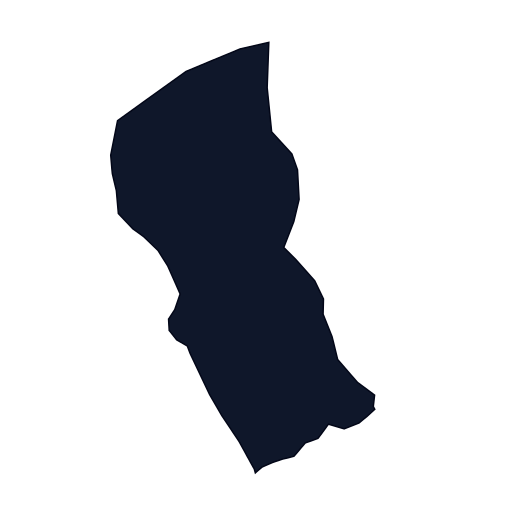 the district of Nitega, Southern Darfur, Sudan, rotated 152°
{"feature_id": "16777658B78746843728772", "entity_name": "Nitega", "entity_type": "district", "adm_level": 2, "iso_a3": "SDN", "parent_name": "Sudan", "parent_adm1": "Southern Darfur", "projection": "robinson", "projection_center": [25.325, 12.6], "detail": "fine", "context": "isolated", "style": "filled", "palette": "ink", "viewbox_px": 512, "rotation_deg": 152, "n_neighbors": 0, "source": "geoboundaries", "source_scale": "gbopen_adm2", "svg_char_len": 1571}
<svg xmlns="http://www.w3.org/2000/svg" viewBox="0 0 512 512"><g transform="rotate(152 256 256)"><path d="M218.5,217.8L222.5,234.2L227.5,250.5L206.5,268.6L191.4,285.7L178.9,312.6L176.4,329.3L183.9,358.3L172.9,385.2L167.1,399.4L144.4,438.6L172.8,446.3L186.9,447.6L203.1,449.2L231.1,451.8L278.8,445.4L314.7,440.5L336.9,413.3L342.1,401.2L344.2,396.1L346.0,389.3L348.6,379.3L357.6,358.1L355.2,349.5L352.0,337.9L351.8,337.4L347.7,329.2L346.0,325.6L339.9,306.9L339.5,300.9L338.6,288.7L339.8,271.5L340.8,258.1L352.9,246.8L362.3,241.6L362.8,241.4L367.6,231.0L367.3,229.7L365.4,219.2L360.2,210.9L358.9,208.8L359.9,201.0L362.0,155.4L361.2,133.6L361.1,131.0L359.4,114.4L359.1,111.0L358.8,108.2L358.3,103.2L358.0,100.0L357.8,86.7L357.8,82.7L357.7,80.4L357.7,77.5L357.7,77.0L357.6,71.9L357.6,71.0L357.5,69.5L357.5,68.9L358.4,64.8L356.9,65.2L353.4,66.0L351.3,66.4L350.9,66.5L350.7,66.6L350.3,66.7L349.9,66.7L349.8,66.8L345.5,66.5L338.2,65.9L334.4,65.3L332.9,65.0L327.7,64.2L323.0,62.9L322.2,62.7L316.5,61.4L313.6,62.5L313.3,62.6L308.1,64.7L306.2,65.5L302.8,66.8L300.3,67.8L298.7,67.6L294.4,66.9L286.9,65.9L286.0,66.3L285.5,66.5L285.2,66.7L284.5,67.0L284.2,67.2L283.7,67.4L282.8,67.8L282.6,67.9L282.1,68.1L279.5,69.4L278.8,69.7L277.8,70.2L274.5,71.8L274.3,71.9L274.0,72.1L272.9,72.6L271.9,73.1L271.4,73.3L271.0,73.5L259.3,62.0L243.4,60.2L238.3,61.3L233.2,62.3L228.2,63.6L224.7,64.5L223.1,64.9L223.1,68.0L216.6,77.5L225.7,96.7L228.0,106.5L232.5,126.3L228.1,143.5L226.7,149.2L224.1,173.1L216.6,186.4L215.8,206.5L218.5,217.8Z" fill="#0f172a" stroke="#020617" stroke-width="1.5"/></g></svg>